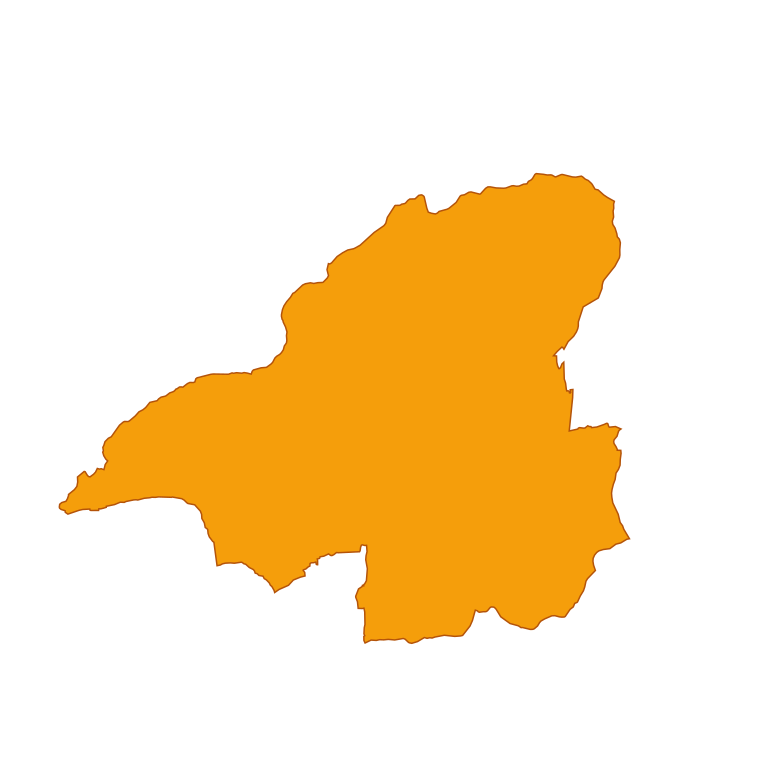 Valcanesti, Prahova, Romania (Equal Earth projection), rotated 106°
{"feature_id": "2599482B34913697582269", "entity_name": "Valcanesti", "entity_type": "district", "adm_level": 2, "iso_a3": "ROU", "parent_name": "Romania", "parent_adm1": "Prahova", "projection": "equal_earth", "projection_center": [25.94, 45.128], "detail": "fine", "context": "isolated", "style": "filled", "palette": "amber", "viewbox_px": 768, "rotation_deg": 106, "n_neighbors": 0, "source": "geoboundaries", "source_scale": "gbopen_adm2", "svg_char_len": 6171}
<svg xmlns="http://www.w3.org/2000/svg" viewBox="0 0 768 768"><g transform="rotate(106 384 384)"><path d="M595.2,655.0L596.2,652.0L589.4,642.2L587.6,638.9L585.3,632.3L586.4,631.7L586.3,630.7L584.2,623.5L582.6,623.7L582.1,621.9L580.8,619.6L579.1,617.0L578.1,617.2L574.2,609.8L570.3,604.9L569.4,601.1L568.0,599.5L564.4,592.6L563.6,590.4L563.4,588.7L559.9,582.9L557.9,577.8L556.8,575.8L556.0,572.6L554.7,569.7L551.5,557.1L551.0,556.3L550.0,546.8L550.7,544.1L552.5,540.8L552.9,539.5L552.3,532.7L556.8,525.5L559.6,523.4L563.5,522.0L566.9,518.5L571.2,516.3L571.9,514.3L572.6,513.3L576.2,511.9L579.1,509.8L582.5,505.3L583.0,503.9L604.7,494.4L603.1,491.4L601.4,489.7L599.9,487.0L598.3,482.3L597.5,478.4L594.6,472.0L594.7,470.9L595.4,469.3L595.4,467.2L597.5,463.0L598.4,458.5L599.3,457.1L601.3,455.7L601.3,453.6L602.5,451.5L602.1,447.3L604.1,445.5L604.7,443.1L606.8,439.5L608.8,437.7L609.5,436.1L610.5,435.0L612.8,432.7L614.6,431.6L610.4,428.2L603.8,420.3L597.4,417.1L592.7,411.1L590.3,407.0L586.9,408.3L585.8,410.0L585.3,410.4L584.9,410.3L583.3,408.1L580.5,406.3L579.5,405.1L576.9,405.6L575.9,404.6L575.2,402.4L574.0,400.5L576.0,399.4L576.2,398.5L576.0,398.0L572.2,399.1L570.6,399.9L569.4,397.9L567.7,397.8L566.1,394.4L562.6,390.4L563.5,388.1L563.3,386.8L562.0,385.3L559.1,383.2L558.8,381.5L552.0,361.3L550.9,361.0L547.2,361.5L545.2,361.3L544.6,360.6L544.5,357.8L543.9,356.3L549.8,354.1L554.1,353.9L558.0,353.1L566.1,349.1L578.0,346.7L581.5,347.5L582.3,348.1L583.6,347.9L583.5,349.2L584.7,349.2L588.0,352.0L595.8,352.7L596.9,352.3L600.6,349.5L606.8,347.0L605.8,342.9L605.0,341.5L608.4,339.7L620.4,336.0L623.7,335.8L629.7,334.4L631.3,333.1L632.2,333.8L636.1,332.6L638.2,330.8L633.7,325.8L632.6,320.7L631.0,317.8L630.0,313.7L628.3,309.5L627.1,303.2L623.3,295.3L623.5,293.3L625.6,289.3L625.8,288.3L625.6,285.8L622.4,280.8L616.6,275.3L616.6,272.5L615.3,270.1L614.9,267.7L613.2,265.3L608.9,256.8L607.1,246.4L605.1,241.0L604.0,239.1L592.9,234.6L587.0,233.8L576.2,233.9L576.3,231.7L577.0,230.6L577.1,229.4L575.4,225.5L575.0,223.9L574.4,222.8L573.4,222.0L569.5,220.3L568.7,219.3L568.2,216.9L568.7,215.6L569.7,214.0L575.6,207.6L579.5,196.8L579.4,188.2L580.4,185.1L579.9,183.7L579.6,175.8L578.8,173.3L577.9,172.1L574.3,169.7L570.5,168.7L568.5,167.7L565.5,164.8L560.6,158.8L559.6,155.9L559.5,151.2L559.1,148.9L558.3,146.5L557.5,145.7L549.3,143.0L546.1,140.6L542.3,140.2L540.7,138.2L540.1,137.9L533.6,136.9L527.8,135.3L523.7,135.1L517.9,135.5L515.0,134.7L505.0,129.4L500.4,132.6L496.8,134.3L493.9,134.9L490.3,134.4L487.3,133.1L485.2,131.5L482.6,127.5L480.0,121.5L474.0,116.9L471.5,112.6L466.3,107.8L465.1,105.4L457.6,113.4L454.5,115.6L452.0,118.8L444.6,123.0L435.2,131.3L430.0,133.8L426.2,135.2L422.7,135.7L417.3,135.9L412.1,135.5L405.7,136.4L401.5,135.1L397.0,134.7L391.3,136.1L385.3,137.0L382.5,138.1L383.4,141.5L382.7,141.6L380.4,143.6L377.7,146.6L375.8,147.4L374.1,147.4L370.0,145.6L364.9,145.5L363.6,145.1L361.9,143.8L361.1,149.8L363.4,155.5L362.9,156.3L360.5,157.9L360.3,158.3L360.5,159.3L362.1,161.1L366.7,167.6L368.7,172.4L367.9,173.3L368.3,175.1L368.0,176.6L370.9,178.7L371.4,180.0L372.0,183.9L372.8,185.0L373.9,185.3L378.1,193.0L345.2,198.9L337.2,200.9L338.2,203.4L340.7,202.2L341.4,202.6L341.3,203.4L340.3,203.7L339.9,204.4L339.8,205.3L340.3,206.3L339.0,207.2L333.1,209.7L329.5,212.1L313.5,217.2L315.7,218.5L319.6,218.8L320.9,219.7L321.0,220.2L318.7,222.1L315.3,224.0L309.5,225.9L310.1,228.8L305.0,226.5L299.5,223.2L299.6,222.3L301.0,220.6L292.5,218.7L285.9,214.9L280.9,213.4L277.5,213.0L274.7,213.2L270.7,214.3L255.4,213.8L254.9,213.7L242.2,201.7L232.1,200.8L228.7,201.5L225.3,201.6L223.3,201.2L207.1,194.5L197.7,192.5L195.0,192.8L189.8,194.4L183.1,195.7L179.9,197.7L178.2,200.3L175.4,201.6L170.4,204.9L167.5,208.1L164.6,209.4L160.2,209.3L154.7,211.4L151.7,211.6L147.7,212.9L144.9,212.9L143.1,220.6L141.7,224.9L138.4,231.7L138.6,234.8L134.7,238.9L133.9,240.1L132.1,243.7L131.6,247.0L130.1,250.2L129.8,251.6L132.3,256.7L133.0,259.9L133.4,270.1L133.8,271.3L137.5,275.9L137.7,276.7L136.9,280.2L137.0,281.3L138.1,284.7L138.5,288.6L139.8,295.7L141.0,296.7L145.6,297.9L147.5,299.0L149.4,301.0L152.2,301.8L153.5,305.0L156.5,308.7L157.4,311.2L157.7,314.3L158.3,315.8L162.0,320.9L162.8,322.8L164.6,330.2L165.2,336.1L165.9,338.5L167.9,340.3L174.4,343.5L175.1,344.2L175.4,353.3L176.3,355.3L179.9,358.8L181.4,361.8L182.4,362.6L189.6,364.7L197.1,369.9L198.6,371.5L202.9,378.6L205.0,379.8L206.4,381.5L206.8,385.6L206.6,388.8L203.2,391.3L193.1,396.9L192.5,397.6L191.9,399.2L191.9,400.3L193.1,402.6L197.5,405.2L199.1,410.2L201.0,411.7L204.2,413.2L205.0,414.1L206.4,416.8L207.4,417.4L208.0,418.4L209.2,422.3L209.6,422.7L222.9,426.7L229.0,426.6L231.8,427.7L241.0,435.2L257.2,445.2L261.5,449.5L262.4,450.6L265.2,455.8L269.1,459.8L274.4,464.2L282.1,467.8L283.6,469.3L283.6,470.6L289.8,470.3L295.2,467.2L297.9,467.8L302.7,470.4L303.3,471.0L304.8,475.5L306.7,479.2L307.0,482.6L309.3,487.2L311.3,489.5L320.7,495.1L322.0,496.6L326.4,497.8L331.6,500.2L336.4,501.7L340.4,502.1L345.5,501.7L347.3,501.2L350.0,499.7L350.6,498.8L352.3,497.9L356.3,494.4L360.7,491.6L364.4,491.1L368.9,489.4L371.5,489.1L374.9,490.3L378.9,490.2L382.1,491.2L384.3,492.4L386.9,494.8L389.0,496.0L393.9,497.0L396.1,498.2L400.4,501.6L402.3,506.6L406.5,513.4L408.1,514.2L411.1,514.4L411.2,518.5L411.6,521.7L412.8,523.6L413.8,528.9L415.2,531.7L415.2,533.1L417.5,536.2L421.5,551.0L422.4,553.1L429.5,565.3L430.8,566.3L434.2,566.4L435.2,567.8L436.0,571.0L437.8,573.1L442.5,576.5L442.7,578.2L443.3,579.8L445.6,581.6L446.1,582.5L448.5,583.6L449.8,584.9L451.6,587.5L455.8,590.6L458.1,594.7L460.4,596.5L462.6,597.5L466.2,604.0L472.3,606.6L475.3,608.7L478.3,611.9L483.3,614.3L489.7,618.6L490.6,619.6L491.6,623.2L492.5,624.2L496.5,626.9L509.9,631.6L512.1,634.0L516.3,636.3L520.3,636.4L522.4,636.8L525.7,635.3L527.0,635.6L530.2,633.6L532.9,630.7L534.1,628.4L538.2,629.8L543.5,629.6L543.4,632.6L544.2,633.9L544.2,636.3L548.2,637.0L550.8,638.3L554.3,641.0L554.4,642.2L553.8,643.7L550.7,647.1L550.7,648.1L557.9,653.0L562.7,651.4L567.1,651.0L570.9,652.5L577.1,656.8L578.2,656.5L581.7,656.7L584.4,657.4L586.8,661.1L589.0,662.6L591.8,662.2L592.8,661.6L593.6,659.8L593.7,655.6L595.2,655.0Z" fill="#f59e0b" stroke="#b45309" stroke-width="1.5"/></g></svg>